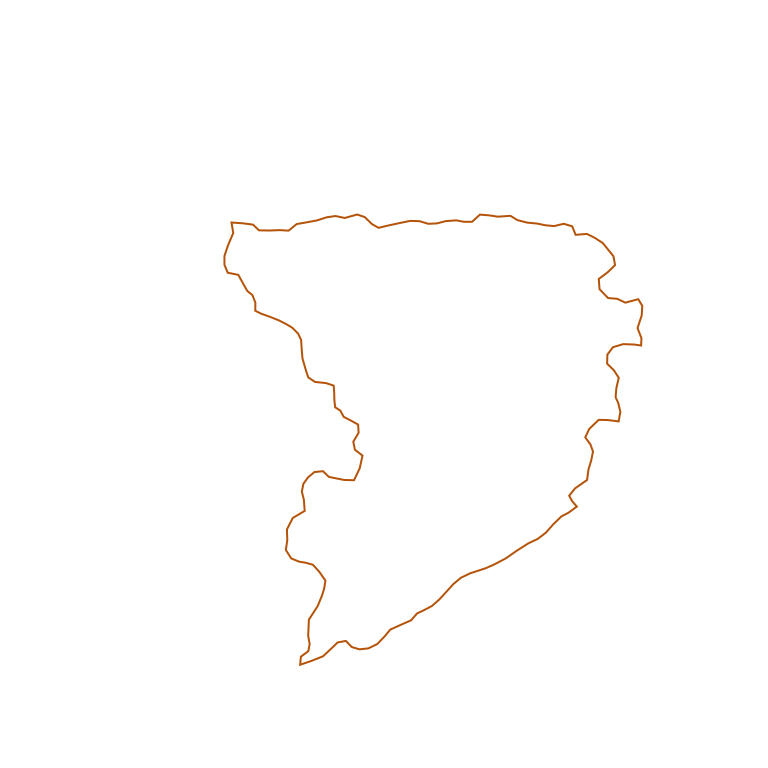 Camacho, Minas Gerais, Brazil (Equal Earth projection), rotated 46°
{"feature_id": "56859067B97694882575280", "entity_name": "Camacho", "entity_type": "district", "adm_level": 2, "iso_a3": "BRA", "parent_name": "Brazil", "parent_adm1": "Minas Gerais", "projection": "equal_earth", "projection_center": [-45.134, -20.652], "detail": "fine", "context": "isolated", "style": "outline", "palette": "amber", "viewbox_px": 768, "rotation_deg": 46, "n_neighbors": 0, "source": "geoboundaries", "source_scale": "gbopen_adm2", "svg_char_len": 2349}
<svg xmlns="http://www.w3.org/2000/svg" viewBox="0 0 768 768"><g transform="rotate(46 384 384)"><path d="M606.1,330.4L599.3,330.1L593.0,328.4L591.8,319.0L594.1,304.6L587.6,296.4L582.9,288.0L577.8,280.6L570.9,277.5L562.2,276.3L558.9,267.6L558.9,254.5L565.2,248.2L573.9,241.2L568.3,233.4L560.2,228.6L554.4,226.6L548.2,219.5L542.6,210.8L533.8,209.1L524.4,209.4L518.0,202.9L516.6,193.7L521.5,184.2L529.3,176.7L534.9,172.3L529.9,167.0L519.9,162.8L513.7,151.0L507.2,143.9L499.6,142.2L493.1,153.9L484.8,157.0L477.8,163.1L465.5,163.1L457.6,156.5L459.0,145.7L459.0,135.2L451.5,130.2L434.7,128.7L425.5,130.8L417.0,133.8L409.8,142.5L401.3,139.1L393.6,143.4L388.6,151.9L382.1,157.5L374.7,162.6L367.4,168.9L358.7,174.2L350.9,176.2L342.7,185.9L336.0,191.0L328.8,197.3L328.5,208.0L322.9,213.8L316.5,218.3L309.6,226.6L305.3,234.3L299.5,240.9L291.6,245.3L284.9,251.8L279.3,260.6L272.6,271.4L267.9,279.4L260.5,281.6L250.6,281.9L243.5,285.5L237.3,296.9L229.5,302.2L224.4,309.2L219.7,318.7L213.6,327.9L208.3,335.7L207.4,346.1L200.8,352.2L194.1,359.7L186.6,367.2L178.4,367.5L170.6,373.7L161.9,381.5L170.7,387.6L175.9,399.9L181.1,409.9L187.5,416.0L195.4,419.1L204.3,413.0L214.3,415.7L222.1,417.7L228.6,416.9L236.1,420.0L241.9,425.7L248.1,423.5L256.0,419.6L265.0,415.5L272.2,413.0L279.7,410.9L288.1,410.8L294.7,413.0L302.5,419.6L309.0,424.9L319.6,430.5L326.6,433.9L334.6,432.2L342.9,425.2L350.2,421.3L355.5,425.7L361.0,430.8L366.8,435.3L372.8,433.9L379.6,435.8L387.7,433.1L395.2,430.8L401.4,436.1L404.2,446.2L411.1,450.6L420.6,449.2L427.8,460.1L432.4,472.4L425.4,479.3L418.9,483.8L412.5,488.2L404.3,488.5L399.0,495.2L398.4,503.5L399.8,511.3L404.3,517.8L411.8,522.2L420.2,529.2L417.0,542.6L421.2,554.9L429.1,562.0L435.2,569.9L445.0,571.9L452.8,568.5L458.0,564.6L464.6,560.7L474.2,561.0L484.7,562.7L489.8,569.4L493.2,575.8L497.7,586.0L501.3,601.7L507.4,608.1L512.4,613.4L519.5,618.2L523.6,624.0L522.4,633.2L527.7,639.3L532.5,629.2L537.5,617.0L537.7,605.6L537.7,596.9L542.3,589.9L550.8,589.9L557.9,585.9L563.3,578.9L566.4,569.4L566.0,558.8L565.0,550.1L568.9,539.2L572.8,528.7L572.0,519.7L574.5,512.2L577.0,503.5L577.4,493.8L576.8,483.4L576.1,473.2L576.8,463.2L580.0,453.6L583.6,446.2L587.2,438.7L590.4,430.0L594.0,417.7L596.1,404.6L598.9,390.8L602.2,381.1L603.4,370.6L602.5,359.7L602.5,348.3L604.8,340.5L606.1,330.4Z" fill="none" stroke="#b45309" stroke-width="2"/></g></svg>